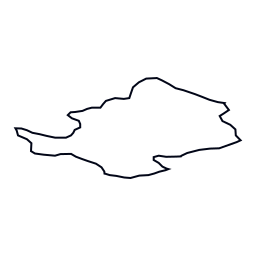 outline of Nyköping, Södermanland, Sweden
{"feature_id": "70781695B52980930896753", "entity_name": "Nyköping", "entity_type": "district", "adm_level": 2, "iso_a3": "SWE", "parent_name": "Sweden", "parent_adm1": "Södermanland", "projection": "equal_earth", "projection_center": [16.866, 58.841], "detail": "fine", "context": "isolated", "style": "outline", "palette": "ink", "viewbox_px": 256, "rotation_deg": 0, "n_neighbors": 0, "source": "geoboundaries", "source_scale": "gbopen_adm2", "svg_char_len": 1227}
<svg xmlns="http://www.w3.org/2000/svg" viewBox="0 0 256 256"><path d="M104.5,173.6L105.5,173.8L109.7,175.1L116.3,175.9L124.3,177.5L130.5,178.0L139.3,175.6L148.4,175.1L154.3,173.5L159.3,171.7L165.5,170.2L168.4,169.1L166.6,168.6L162.4,166.6L158.7,162.9L153.7,160.0L153.7,157.1L158.7,155.7L166.1,156.8L176.2,156.6L180.9,156.4L181.3,155.8L187.2,153.0L199.3,149.9L210.1,148.6L219.2,148.3L236.7,142.1L240.6,140.3L235.8,135.4L235.4,129.4L230.3,124.8L222.5,121.1L219.7,116.0L223.4,113.7L228.9,110.0L224.2,103.8L224.7,103.1L217.8,102.1L209.5,99.8L201.7,96.7L194.9,94.1L183.4,90.2L175.6,88.2L169.2,84.2L161.8,80.3L156.8,78.0L155.9,78.1L146.2,78.6L138.9,82.3L133.0,87.3L131.1,92.7L129.3,98.1L123.8,98.9L115.1,98.1L105.9,100.9L103.1,104.1L100.4,107.7L91.7,107.7L87.1,108.9L82.5,110.9L75.1,112.0L70.6,112.3L68.5,114.4L67.8,115.1L71.9,118.3L78.8,120.8L80.2,124.0L80.2,127.4L74.7,129.9L73.3,132.8L71.0,135.4L65.9,137.7L55.3,137.7L46.6,135.9L39.7,134.2L32.4,132.8L26.9,130.2L21.4,128.5L15.4,128.3L16.7,130.6L18.0,135.4L26.9,139.2L31.4,143.2L31.0,151.1L34.9,153.5L43.8,154.7L55.0,155.7L60.5,154.1L71.1,153.9L75.9,156.7L82.3,159.1L87.4,160.9L96.0,163.7L101.5,167.3L104.3,171.5L104.5,173.6Z" fill="none" stroke="#020617" stroke-width="2"/></svg>